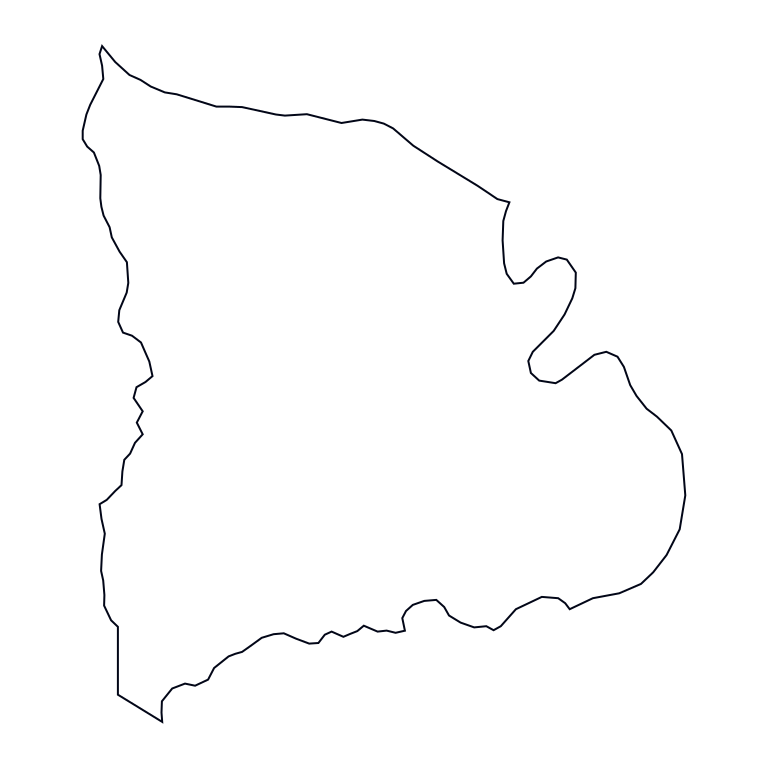 Primeiro de Maio, Paraná, Brazil
{"feature_id": "56859067B81342579532377", "entity_name": "Primeiro de Maio", "entity_type": "district", "adm_level": 2, "iso_a3": "BRA", "parent_name": "Brazil", "parent_adm1": "Paraná", "projection": "natural_earth1", "projection_center": [-51.083, -22.858], "detail": "fine", "context": "isolated", "style": "outline", "palette": "ink", "viewbox_px": 768, "rotation_deg": 0, "n_neighbors": 0, "source": "geoboundaries", "source_scale": "gbopen_adm2", "svg_char_len": 2039}
<svg xmlns="http://www.w3.org/2000/svg" viewBox="0 0 768 768"><path d="M102.1,46.1L99.5,54.1L102.1,65.7L103.3,79.0L90.2,104.8L86.4,114.5L82.7,130.7L82.7,139.2L87.2,146.6L93.9,152.5L99.2,165.9L100.7,175.0L100.3,198.3L101.4,206.8L103.6,215.6L109.6,227.2L111.8,237.4L119.6,251.7L126.9,262.2L128.3,282.9L126.7,292.6L119.3,310.2L118.2,321.9L123.0,332.6L132.0,335.7L141.0,342.5L145.0,351.7L149.3,361.5L152.5,376.1L145.5,382.0L136.5,387.2L133.6,397.9L142.7,411.3L136.8,422.6L142.7,434.3L135.0,442.8L130.1,453.6L124.3,459.8L122.4,471.4L121.5,485.1L115.3,490.9L106.7,499.9L99.6,504.2L101.5,518.9L104.8,533.7L101.9,554.5L101.1,570.9L103.2,580.5L104.4,595.0L104.1,605.6L111.1,620.3L117.9,626.8L117.9,694.7L162.2,721.9L161.5,712.6L161.9,701.3L172.2,688.5L185.0,683.6L195.1,685.7L208.1,679.6L214.1,668.0L228.6,656.4L235.3,653.8L242.1,651.9L252.1,644.8L261.7,637.8L273.6,634.2L283.8,633.3L296.1,638.7L309.2,643.6L318.4,643.0L324.8,634.7L331.6,631.6L343.4,636.8L350.2,633.9L357.3,631.1L363.8,625.7L377.6,631.6L386.6,630.6L395.6,632.8L404.9,630.7L402.3,618.1L406.0,611.0L412.8,604.9L424.3,600.9L436.3,599.9L444.2,607.0L449.0,615.5L460.6,622.6L474.2,627.4L486.3,626.2L493.6,630.2L500.8,626.2L515.9,609.2L541.8,596.9L558.2,598.2L565.2,603.2L569.7,609.2L592.9,598.2L619.2,593.3L641.0,583.9L653.2,572.3L666.6,555.0L679.7,529.3L685.3,495.4L682.0,454.1L671.3,430.5L657.0,416.7L646.6,408.7L636.5,395.9L630.2,385.1L623.9,366.9L617.5,356.7L606.3,351.8L594.4,354.8L561.9,379.7L555.6,383.2L539.2,380.6L530.9,373.0L528.3,361.0L532.8,351.8L553.7,330.9L564.6,314.4L572.3,298.3L575.4,288.2L575.8,272.6L566.8,259.6L558.1,257.4L546.2,261.5L536.9,268.6L530.9,276.4L523.5,282.7L513.8,283.7L506.7,273.8L504.1,263.3L502.6,240.4L503.3,221.0L506.0,211.1L509.4,202.3L497.4,199.1L477.6,185.8L437.4,161.3L413.3,145.7L393.1,128.4L383.8,123.6L374.3,121.0L362.4,119.6L341.5,123.0L306.9,114.2L284.9,115.6L275.9,114.5L242.1,107.1L229.3,106.6L216.4,106.6L176.7,94.3L164.8,92.4L150.7,86.5L140.5,79.9L129.5,75.0L115.2,62.0L102.1,46.1Z" fill="none" stroke="#020617" stroke-width="2"/></svg>